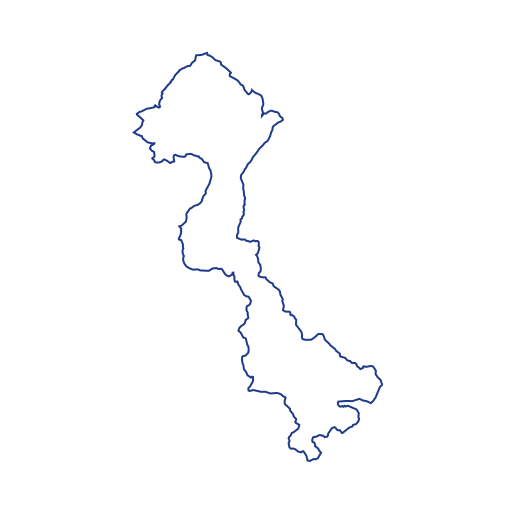 Ferreñafe, Lambayeque, Peru, rotated 118°
{"feature_id": "86281439B15952287038744", "entity_name": "Ferreñafe", "entity_type": "district", "adm_level": 2, "iso_a3": "PER", "parent_name": "Peru", "parent_adm1": "Lambayeque", "projection": "orthographic", "projection_center": [-79.498, -6.346], "detail": "fine", "context": "isolated", "style": "outline", "palette": "blue", "viewbox_px": 512, "rotation_deg": 118, "n_neighbors": 0, "source": "geoboundaries", "source_scale": "gbopen_adm2", "svg_char_len": 6140}
<svg xmlns="http://www.w3.org/2000/svg" viewBox="0 0 512 512"><g transform="rotate(118 256 256)"><path d="M292.6,319.1L294.4,317.9L296.4,315.6L297.8,312.7L298.1,309.3L297.7,305.4L295.1,301.0L294.9,298.5L291.5,291.2L290.9,290.5L286.9,288.2L286.4,286.7L285.2,285.4L285.2,283.3L283.7,280.8L283.6,279.8L286.6,274.7L287.0,272.4L286.7,270.4L283.8,268.4L281.8,268.8L281.3,268.2L283.2,267.0L284.4,265.3L287.2,263.9L288.5,262.5L288.3,261.7L287.3,260.8L287.3,260.3L289.5,258.1L290.9,255.3L292.6,253.4L296.0,248.1L296.1,245.3L295.4,243.5L297.8,239.5L300.9,238.7L302.8,239.1L304.2,240.3L305.7,240.3L308.4,238.9L309.8,236.8L311.8,235.7L313.9,233.9L314.7,233.8L317.5,235.1L319.9,234.5L321.7,234.5L325.1,236.3L327.3,236.9L330.2,236.5L330.8,233.6L333.9,229.0L333.5,226.8L333.9,226.0L338.4,222.1L339.6,220.2L341.2,219.0L344.5,217.5L345.4,217.5L348.9,218.5L350.7,220.7L351.7,220.8L354.4,219.5L357.1,217.5L358.3,215.9L361.7,213.5L363.1,210.2L365.3,207.5L365.7,203.4L364.3,202.7L364.3,201.8L367.3,200.1L368.4,199.9L373.7,200.0L376.3,200.7L378.2,199.5L378.2,198.3L375.6,195.4L373.5,187.6L371.6,184.4L370.5,178.5L367.3,173.6L366.7,171.8L366.4,168.8L367.1,166.5L367.0,163.8L367.4,163.3L370.7,162.6L373.1,161.2L374.9,154.4L376.4,153.3L378.2,149.1L380.2,147.0L380.9,144.3L381.8,143.6L384.0,143.5L384.7,142.4L384.7,138.6L388.4,137.6L393.5,139.8L395.4,141.3L398.6,141.1L400.3,141.8L401.7,141.6L403.6,139.5L405.9,139.4L409.3,136.6L409.7,134.6L408.4,132.5L408.2,131.1L408.9,126.8L408.1,123.8L406.8,123.4L406.1,122.5L408.8,117.6L412.3,114.6L411.7,112.2L408.1,109.7L407.5,108.0L405.6,106.5L399.1,106.2L398.0,109.3L396.8,110.6L396.2,114.6L394.9,115.1L393.3,117.0L393.7,118.5L393.4,119.0L392.2,120.0L389.4,120.5L388.4,119.7L387.6,118.3L384.4,116.0L383.9,115.1L383.7,113.4L383.1,112.4L383.7,110.3L382.0,108.3L380.4,108.3L378.9,108.9L372.3,108.1L370.4,106.6L370.2,105.6L371.6,102.3L370.4,100.2L371.9,97.2L371.7,96.5L365.0,93.7L362.8,92.4L361.6,91.0L359.6,91.0L357.5,88.8L354.5,88.1L351.7,88.3L350.1,90.0L346.5,91.5L344.3,95.2L345.1,104.7L346.9,106.3L346.7,107.5L348.1,108.1L347.8,109.2L349.4,110.6L349.5,111.1L349.5,112.2L348.6,113.9L346.8,115.0L345.8,114.8L341.4,107.9L339.0,102.9L333.6,97.7L333.4,94.0L332.2,89.8L332.0,85.5L329.1,84.5L324.7,84.0L313.5,85.1L311.2,84.3L310.2,84.4L306.9,88.0L305.9,91.7L304.1,95.0L300.9,96.4L298.6,100.8L299.2,103.0L302.3,106.9L302.7,109.0L303.4,109.4L304.7,109.0L306.9,110.8L306.2,112.5L306.0,114.6L304.6,116.4L303.9,118.3L305.4,121.2L304.5,123.7L305.1,124.8L305.1,127.0L304.1,129.3L304.8,133.4L305.2,134.1L304.8,135.1L302.9,136.1L302.1,140.8L301.1,142.3L299.9,148.5L299.2,149.8L297.5,156.0L295.3,158.1L293.7,160.4L295.3,163.9L296.0,164.6L299.8,165.8L303.9,167.9L306.7,172.7L307.5,175.8L306.0,177.5L304.2,178.1L301.7,180.3L297.9,188.4L293.4,190.6L292.5,192.9L291.6,193.6L291.2,196.1L291.8,197.5L291.6,198.2L289.9,199.1L289.4,200.1L291.3,204.0L291.2,206.7L287.1,207.9L283.2,211.8L281.9,211.8L278.4,216.6L276.3,218.0L275.1,220.1L274.4,226.1L272.4,228.5L272.7,231.4L271.6,235.9L270.4,237.6L272.0,240.8L272.5,243.8L272.3,244.6L269.3,245.5L267.9,244.8L265.3,245.5L261.9,248.0L260.3,251.2L258.2,252.3L255.5,255.0L255.0,256.5L252.7,255.7L248.2,256.5L246.6,257.2L246.0,258.5L244.3,258.9L242.2,260.5L242.0,261.8L243.2,263.4L243.3,265.3L246.2,267.7L246.6,270.5L247.2,271.7L246.6,273.4L247.5,275.3L248.3,276.1L248.9,281.2L246.3,282.7L243.8,282.6L239.2,285.1L233.0,285.6L230.9,286.9L229.4,286.0L227.7,286.6L225.7,286.1L224.1,286.7L223.2,287.7L221.4,287.8L218.3,290.2L217.0,290.5L215.9,290.0L214.5,291.1L212.0,292.3L210.3,292.5L207.9,295.1L204.8,297.0L202.4,299.1L199.1,300.5L194.4,306.0L191.7,307.1L186.9,306.4L184.5,306.6L183.1,306.2L178.5,306.3L175.7,305.2L171.6,304.9L170.5,305.2L165.0,304.0L159.9,303.5L155.2,302.0L152.0,301.4L149.3,299.9L147.6,299.7L143.4,299.8L140.3,300.6L136.7,300.8L134.7,301.6L133.2,301.6L127.8,299.1L125.4,297.1L123.2,296.2L122.4,296.8L121.8,297.5L121.5,300.0L119.1,303.6L119.1,305.0L119.9,307.2L120.3,310.1L120.7,311.1L123.1,313.0L125.4,313.9L126.2,315.1L126.2,315.9L129.4,316.5L128.3,317.0L126.4,316.9L123.6,319.7L122.0,320.4L119.4,320.5L118.0,321.1L114.2,323.9L112.0,326.5L111.8,330.4L112.2,332.2L112.0,335.4L111.4,337.5L112.3,337.2L114.9,337.4L116.6,338.3L116.7,339.2L114.8,344.0L112.3,346.7L111.6,348.1L111.8,350.0L110.1,353.2L109.5,355.8L109.4,363.6L107.5,364.6L106.2,364.1L105.8,364.3L104.1,371.1L103.4,376.7L101.8,377.8L101.2,379.0L102.1,383.7L100.9,388.3L100.8,391.5L101.3,392.3L101.3,393.0L99.7,394.6L104.0,398.5L107.0,403.1L111.9,401.6L115.4,403.2L119.0,403.4L120.5,405.6L124.3,408.2L124.8,409.0L126.4,409.7L128.0,410.9L128.8,410.7L134.2,412.3L139.4,412.3L140.1,413.0L141.2,412.8L142.3,413.2L142.6,412.8L143.3,412.9L145.6,413.8L150.3,414.8L150.8,414.5L151.4,415.0L155.2,416.0L155.8,416.0L156.5,414.7L157.5,415.0L159.2,414.5L160.5,413.1L162.9,413.7L165.6,413.5L167.6,412.7L169.2,410.8L170.1,411.0L170.7,411.9L170.3,415.8L170.8,416.0L171.7,415.3L172.8,416.0L177.4,421.7L182.3,425.1L183.5,426.6L185.5,427.3L186.3,428.0L187.4,426.8L187.4,425.7L189.1,419.1L191.1,419.1L193.8,418.2L196.8,418.5L204.3,421.9L204.5,417.9L204.1,416.6L204.2,414.6L203.6,413.3L205.4,411.1L206.5,405.1L205.6,401.5L205.0,399.8L204.1,398.7L204.5,398.5L205.7,399.0L208.0,400.6L210.9,400.1L212.0,397.1L212.0,394.8L215.3,392.5L216.9,392.6L218.0,393.4L218.6,393.4L219.3,390.6L220.4,389.5L220.5,388.9L220.0,387.3L218.7,385.2L216.3,383.2L214.5,383.0L213.8,382.4L213.7,379.3L214.2,375.5L213.9,375.0L212.3,374.3L210.9,372.6L207.3,375.3L206.0,375.6L204.9,375.3L204.4,374.5L204.3,371.5L202.2,365.9L201.0,365.1L199.9,365.4L198.8,365.0L196.6,361.8L196.2,360.1L196.3,357.8L195.7,356.6L195.7,354.6L194.9,353.4L195.7,352.1L195.8,349.3L197.5,345.9L196.7,342.2L200.4,338.7L201.7,336.5L204.6,334.0L206.9,332.6L214.0,331.1L222.4,331.1L223.8,329.9L224.7,329.7L227.3,330.5L231.6,330.1L232.9,329.6L235.4,330.1L238.1,331.3L240.7,334.1L244.2,335.7L245.1,336.6L250.8,337.2L252.3,337.0L254.1,335.5L258.3,334.0L264.0,335.9L265.8,337.6L267.1,334.7L269.0,334.1L269.6,333.4L272.4,332.6L277.3,332.2L277.6,331.5L277.1,329.5L280.2,325.8L281.9,325.1L283.4,323.7L284.7,323.7L286.4,323.1L288.4,321.6L289.9,319.7L292.6,319.1Z" fill="none" stroke="#1e3a8a" stroke-width="2"/></g></svg>